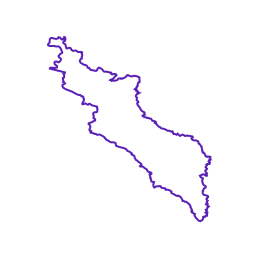 Jutaí, Amazonas, Brazil, rotated 284°
{"feature_id": "56859067B75336397853406", "entity_name": "Jutaí", "entity_type": "district", "adm_level": 2, "iso_a3": "BRA", "parent_name": "Brazil", "parent_adm1": "Amazonas", "projection": "equal_earth", "projection_center": [-67.953, -4.51], "detail": "fine", "context": "isolated", "style": "outline", "palette": "violet", "viewbox_px": 256, "rotation_deg": 284, "n_neighbors": 0, "source": "geoboundaries", "source_scale": "gbopen_adm2", "svg_char_len": 5858}
<svg xmlns="http://www.w3.org/2000/svg" viewBox="0 0 256 256"><g transform="rotate(284 128 128)"><path d="M121.7,90.2L119.8,91.3L117.1,90.9L116.6,91.2L116.2,93.1L115.4,93.2L114.9,92.5L114.4,92.9L114.6,95.3L114.1,97.2L114.5,98.2L113.9,99.9L114.8,101.8L114.3,104.7L113.3,107.5L112.5,107.9L112.2,109.0L111.5,109.5L111.1,111.4L110.1,114.2L110.1,115.4L110.6,117.2L110.4,119.6L108.0,120.5L107.9,120.8L107.5,123.6L107.5,128.7L107.1,131.2L105.6,133.1L105.4,135.2L104.3,137.8L103.8,137.5L103.4,137.7L102.9,138.5L102.8,140.1L102.3,141.1L100.6,141.7L98.8,143.7L98.6,145.0L97.7,146.2L96.8,148.9L96.2,149.7L95.3,150.0L94.3,148.9L93.8,148.9L93.7,149.6L94.1,151.3L93.9,152.3L93.1,153.8L92.4,156.2L90.8,157.4L90.4,158.7L90.2,161.4L89.8,161.7L89.2,161.8L88.9,161.5L89.2,160.2L87.8,160.2L86.5,161.4L84.9,161.6L84.6,162.4L83.2,162.7L82.7,163.3L81.8,163.7L81.9,164.2L81.6,164.8L81.8,166.4L79.5,166.2L77.6,166.8L76.8,167.5L76.7,168.2L78.0,169.3L79.5,173.2L79.4,173.7L78.8,174.0L78.1,175.3L78.4,178.8L77.7,179.0L77.2,179.5L77.7,181.1L77.7,182.9L77.1,185.2L76.9,185.5L75.9,185.5L75.3,186.3L74.4,190.2L74.0,191.0L74.0,192.6L74.4,192.8L74.5,193.7L73.6,195.9L71.8,197.9L70.4,198.6L70.7,199.5L70.2,201.0L70.5,202.1L70.4,202.9L69.7,203.9L68.8,206.2L68.1,206.5L67.5,207.4L66.7,207.5L65.6,208.6L64.7,209.0L64.4,209.6L63.0,210.4L62.6,209.7L61.8,210.0L61.4,210.7L61.4,211.7L60.8,212.7L60.8,213.6L60.2,213.4L59.0,213.8L58.5,214.7L57.2,215.4L56.6,216.9L55.3,218.6L55.1,219.5L55.1,220.8L55.8,221.2L56.3,222.1L57.9,222.8L59.9,222.4L60.3,222.9L60.4,224.3L61.8,224.6L62.0,225.9L64.1,225.5L64.5,224.3L65.1,225.5L65.6,225.4L66.2,224.0L67.3,223.2L67.5,223.2L67.9,224.4L69.6,224.2L71.4,225.3L71.7,223.9L72.8,223.5L72.9,222.2L73.8,222.6L74.0,223.3L75.1,222.2L76.8,223.0L77.6,221.5L78.4,221.3L78.9,221.7L79.4,221.6L80.2,222.5L81.0,222.2L81.4,221.6L81.5,220.5L81.5,217.7L82.4,216.5L83.6,216.0L84.7,215.7L85.2,216.2L85.7,215.9L87.0,216.1L87.8,216.4L88.8,217.7L90.2,217.6L91.0,215.2L91.5,214.6L94.5,212.7L97.2,212.9L97.9,210.4L99.1,209.3L101.4,212.2L101.1,213.8L100.5,215.3L100.6,216.0L100.8,216.1L101.4,216.0L102.4,214.9L103.2,215.5L103.4,215.3L104.5,213.6L105.1,213.3L106.1,213.7L107.0,214.5L107.6,214.5L108.7,212.8L111.1,213.6L111.3,212.9L111.8,213.0L112.8,214.8L112.6,215.5L112.8,215.8L114.5,215.8L114.9,215.2L114.8,214.5L115.0,214.2L116.4,214.7L116.9,214.6L117.0,215.7L117.6,215.8L118.6,215.0L119.9,214.9L119.9,213.4L119.3,212.6L119.6,211.4L119.5,211.1L119.2,211.1L119.2,210.7L119.9,209.7L121.8,208.4L122.2,206.8L122.6,206.9L123.0,205.9L123.6,205.9L124.3,205.2L125.1,205.2L127.2,203.9L127.8,203.9L128.3,202.9L129.8,201.4L130.0,200.2L130.8,200.1L132.1,199.2L132.4,196.7L131.9,194.5L132.4,192.8L133.5,192.1L134.7,193.2L135.4,192.6L135.2,191.5L135.3,190.0L134.9,188.2L135.1,187.5L134.0,185.3L134.7,183.5L134.7,182.3L132.9,180.4L134.5,177.5L133.2,176.9L133.6,174.4L133.2,173.6L134.5,172.3L135.0,172.5L135.5,172.0L135.5,171.6L135.0,170.7L135.4,168.8L134.9,167.4L135.9,163.5L135.7,160.6L136.0,159.6L136.7,158.8L136.7,157.6L138.6,154.5L139.2,154.3L139.4,152.7L139.9,152.6L140.4,153.6L140.8,153.3L141.1,152.1L140.9,149.9L142.6,148.1L142.4,146.8L142.7,145.1L142.3,144.2L142.7,143.3L142.5,141.4L143.1,139.3L143.6,139.1L144.2,140.3L145.0,140.4L145.1,140.8L145.5,140.3L146.8,140.5L147.2,140.0L147.7,137.8L148.7,136.1L150.4,134.8L152.4,132.1L153.4,131.3L154.5,130.9L155.4,131.7L156.0,131.7L157.2,129.6L159.6,129.4L160.3,128.2L161.3,127.8L162.7,128.3L164.4,130.1L164.3,129.4L164.6,129.1L164.5,128.6L165.3,128.3L165.6,128.8L166.1,127.9L166.4,127.9L166.5,127.3L166.8,127.1L166.4,126.6L166.7,126.4L167.0,126.6L167.3,125.2L168.2,125.8L168.5,126.4L169.2,126.7L169.5,126.5L170.5,126.9L170.6,126.6L171.4,126.9L171.6,127.2L172.7,126.8L174.6,127.0L174.9,127.3L174.9,127.8L175.4,128.2L180.0,126.7L180.0,125.4L180.5,123.8L180.2,122.6L180.3,122.0L179.8,120.5L179.3,120.1L178.8,117.7L178.9,116.5L179.4,115.1L178.7,114.2L177.8,114.0L177.3,113.3L176.6,113.2L175.0,111.2L174.9,110.6L174.5,110.5L174.5,109.7L174.1,109.3L174.3,108.7L174.0,108.5L174.0,107.4L173.6,106.7L171.9,106.0L170.7,103.8L170.3,101.6L169.7,100.9L170.1,100.1L170.2,99.1L170.6,99.4L172.0,101.6L175.1,103.1L176.3,104.1L177.1,103.5L177.3,102.5L177.1,101.5L176.2,99.6L176.7,98.2L177.6,98.3L177.6,97.9L177.4,93.1L176.9,91.3L177.5,90.1L178.6,88.9L179.2,87.5L179.6,85.3L178.4,84.2L176.6,84.0L175.6,83.1L175.4,77.8L175.8,76.8L176.8,75.9L176.7,74.8L176.9,74.1L177.7,73.8L178.6,72.7L178.8,71.5L178.7,70.0L179.8,66.3L180.6,65.5L181.5,65.0L183.3,65.3L184.3,66.5L185.6,65.8L187.0,66.2L189.3,64.9L189.4,65.3L190.3,65.2L190.5,64.1L189.6,61.2L190.6,58.8L190.3,57.8L189.5,56.2L190.2,54.1L191.4,53.3L191.7,52.0L191.5,51.1L190.4,49.7L190.5,48.9L194.0,46.9L194.7,44.9L195.2,44.4L196.6,44.6L197.3,45.7L198.1,45.2L198.7,45.9L200.5,45.1L200.9,44.6L200.8,44.0L199.0,43.8L197.9,42.5L198.0,41.8L199.2,40.5L199.3,38.7L198.0,38.4L197.2,37.0L196.9,35.6L197.0,32.7L196.8,31.7L195.4,30.7L191.7,31.2L189.8,30.1L188.8,30.7L188.6,32.2L189.8,36.6L189.6,38.3L190.3,40.2L190.1,41.8L188.9,43.5L185.3,46.0L184.7,45.8L183.4,44.3L181.0,43.2L180.1,43.7L179.2,45.7L178.6,46.3L177.4,46.3L175.8,45.7L174.9,44.6L175.2,42.5L175.0,41.7L174.5,41.0L173.8,40.7L172.1,41.5L171.0,44.1L169.5,44.4L168.5,42.3L167.9,38.5L167.3,37.8L166.7,37.8L166.7,53.4L166.2,53.4L165.0,52.3L164.6,53.2L163.5,53.2L162.1,53.8L161.6,53.8L160.8,52.7L160.0,53.1L159.5,53.0L157.7,54.1L157.0,53.9L157.0,54.9L155.9,56.1L154.0,54.0L152.4,54.4L151.3,55.7L150.5,58.6L149.7,65.1L148.3,70.5L148.2,72.6L148.4,73.8L147.5,75.2L147.8,76.3L147.6,76.6L147.0,77.4L146.2,77.4L145.5,78.2L144.3,78.5L140.9,77.7L140.1,78.0L140.2,78.8L141.6,80.5L140.9,82.8L141.0,83.7L142.1,84.4L142.3,85.0L141.3,87.3L141.2,92.9L139.4,93.3L138.9,93.9L136.3,94.1L135.8,93.7L135.3,91.9L133.8,90.6L132.8,91.2L132.1,91.2L131.1,92.1L129.4,92.0L128.6,94.0L127.3,94.3L126.7,93.2L125.2,92.0L123.1,88.7L122.3,88.8L121.7,90.2Z" fill="none" stroke="#5b21b6" stroke-width="2"/></g></svg>